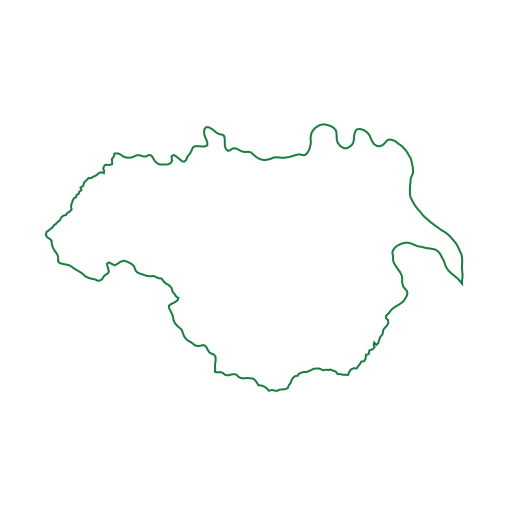 Felixlândia, Minas Gerais, Brazil, rotated 168°
{"feature_id": "56859067B66190002912803", "entity_name": "Felixlândia", "entity_type": "district", "adm_level": 2, "iso_a3": "BRA", "parent_name": "Brazil", "parent_adm1": "Minas Gerais", "projection": "albers", "projection_center": [-44.964, -18.693], "detail": "fine", "context": "isolated", "style": "outline", "palette": "green", "viewbox_px": 512, "rotation_deg": 168, "n_neighbors": 0, "source": "geoboundaries", "source_scale": "gbopen_adm2", "svg_char_len": 6085}
<svg xmlns="http://www.w3.org/2000/svg" viewBox="0 0 512 512"><g transform="rotate(168 256 256)"><path d="M320.2,151.3L317.8,150.1L315.1,149.9L312.9,148.7L311.0,146.2L308.6,145.1L305.7,145.2L302.2,145.1L299.6,143.8L298.3,141.4L296.2,139.8L293.8,138.9L290.1,138.5L284.5,136.8L282.8,134.8L281.6,132.4L280.5,129.1L278.4,128.5L276.5,127.5L274.5,126.1L272.8,124.0L271.4,121.5L268.2,121.7L265.3,120.2L263.2,119.7L261.0,120.4L255.6,119.7L252.4,120.2L250.6,122.9L248.7,124.4L247.3,126.7L245.4,129.0L242.5,130.4L240.0,130.2L238.7,131.9L236.7,132.2L233.9,132.7L231.1,132.1L227.7,132.4L225.3,133.1L222.9,133.7L220.1,133.3L217.7,132.8L215.8,131.6L213.8,130.2L211.0,130.2L208.9,129.4L206.8,129.5L204.0,127.5L202.1,126.5L200.7,123.5L198.3,123.0L195.5,121.7L192.8,121.1L190.7,120.5L189.3,122.8L186.7,125.3L183.4,125.9L181.1,125.0L179.4,126.6L177.0,128.5L174.9,130.9L172.5,130.5L170.9,131.9L169.8,133.7L169.0,136.4L166.2,136.7L164.6,140.2L161.2,140.5L158.9,142.3L159.4,144.7L158.4,146.8L156.8,144.0L154.5,145.4L152.6,148.9L151.0,151.3L148.8,152.8L147.7,155.0L146.8,157.3L144.9,159.0L142.2,160.8L140.5,163.1L140.2,165.8L141.7,168.0L141.2,170.5L138.0,172.5L135.8,174.4L134.1,175.6L131.6,176.9L126.4,178.7L123.3,180.0L120.9,181.3L119.0,183.3L116.8,185.7L115.7,187.9L115.7,190.5L117.0,192.8L118.4,195.6L118.5,200.4L117.7,203.4L117.5,206.1L117.9,208.1L118.7,211.0L120.2,214.2L121.3,217.0L122.2,219.6L122.8,221.9L122.5,224.9L122.0,227.3L122.0,229.8L121.6,231.9L120.1,233.8L118.2,235.4L115.8,236.6L113.7,237.2L111.4,237.8L108.1,237.9L105.7,237.8L103.6,237.0L101.6,235.9L95.8,231.9L92.8,230.8L90.9,229.9L89.0,228.9L87.0,228.1L84.4,227.2L81.7,226.1L79.2,224.9L76.9,222.5L75.6,220.2L74.9,217.8L74.2,215.3L73.3,212.4L72.9,209.0L72.3,205.5L70.8,201.7L69.0,199.0L67.7,197.3L66.3,195.7L65.1,194.1L63.7,192.4L62.6,190.7L61.7,188.8L60.2,186.0L59.6,189.2L58.5,192.1L57.9,194.5L57.5,197.9L56.9,201.9L56.1,205.4L55.4,207.6L55.1,209.8L54.7,212.5L54.8,215.3L55.4,217.8L56.4,222.4L57.0,224.5L57.8,226.9L59.3,229.7L61.0,232.9L62.9,236.0L64.7,238.3L66.4,240.2L68.2,241.8L69.8,243.4L72.0,245.9L74.1,248.1L78.4,253.0L80.1,255.5L82.2,258.1L83.9,260.5L85.2,263.0L86.4,265.5L87.8,267.8L88.9,269.9L89.7,271.8L90.6,274.1L92.1,279.3L92.7,281.5L92.5,284.4L92.0,287.3L91.4,289.8L90.8,292.3L90.0,294.7L89.3,297.1L88.3,300.3L86.4,302.7L85.3,304.4L84.6,306.5L84.2,310.0L84.2,317.8L84.5,320.0L85.6,322.7L86.5,325.8L87.4,328.0L88.7,330.2L89.8,332.2L91.4,334.3L93.5,336.3L96.1,339.6L99.1,341.4L100.9,342.1L103.4,342.0L105.0,340.9L106.7,339.5L109.5,338.0L112.8,337.7L115.0,338.6L117.3,341.0L118.5,344.0L119.3,347.0L119.7,349.6L120.4,351.7L121.8,354.1L124.6,356.9L128.0,358.7L131.2,358.9L133.0,357.2L134.1,355.2L135.0,353.3L135.7,350.5L137.1,347.0L139.0,344.8L142.1,343.2L144.1,342.7L146.2,342.6L148.6,343.9L150.9,346.4L152.6,349.9L152.7,353.6L152.3,356.0L151.8,358.7L151.7,362.0L153.0,364.7L155.0,366.8L157.4,368.5L159.7,369.7L161.7,370.4L163.9,370.9L166.8,370.7L168.8,370.0L171.1,369.1L173.1,367.9L174.6,366.5L176.1,364.8L177.2,362.5L178.0,360.3L178.4,358.1L178.8,355.3L179.8,353.0L181.0,350.3L182.4,348.3L184.2,346.3L186.2,344.9L188.1,344.5L190.2,345.4L192.8,346.5L196.2,346.5L198.9,346.2L201.6,346.0L204.0,346.0L206.6,346.1L209.7,346.5L213.2,347.7L216.0,348.4L218.2,348.7L221.1,348.0L224.3,347.9L227.6,348.0L230.2,349.0L232.5,350.4L234.1,351.6L235.9,353.7L238.0,356.5L239.7,358.6L241.6,359.4L246.2,360.3L248.4,361.5L250.5,363.2L252.5,364.9L254.7,365.9L256.9,365.9L258.8,365.0L261.4,364.6L263.0,366.4L263.5,368.5L263.4,371.5L262.6,375.0L262.1,378.2L262.5,380.6L264.2,381.9L266.2,382.6L267.9,383.8L270.2,386.2L272.1,388.8L274.0,390.5L275.8,391.9L277.9,392.3L280.0,390.9L281.0,388.3L281.3,385.0L280.9,382.3L280.3,379.7L280.0,377.2L280.7,374.3L284.2,373.8L286.4,374.5L289.5,375.4L292.8,376.1L295.2,375.2L296.5,373.5L297.6,371.8L299.3,369.9L301.5,368.3L302.9,366.7L304.1,364.7L306.5,363.2L308.7,364.0L310.3,366.3L311.9,368.3L313.4,370.1L315.6,371.9L317.9,371.1L318.2,368.7L318.3,366.5L320.3,364.6L323.4,363.9L327.5,364.8L330.6,365.3L332.4,366.4L334.6,368.7L335.9,371.9L336.6,374.0L337.5,376.0L339.8,377.1L343.0,376.2L345.7,376.9L349.0,378.8L352.0,379.3L354.5,378.7L356.9,378.2L359.2,378.5L361.2,378.8L363.1,379.6L365.1,380.9L366.9,382.9L369.3,384.9L373.1,385.7L373.9,383.6L375.2,382.1L376.8,380.8L377.1,378.2L377.7,375.7L380.7,375.5L384.2,376.6L386.1,375.2L387.3,373.3L386.7,370.9L387.6,368.7L389.8,370.1L392.2,369.9L394.0,368.9L396.3,367.8L398.7,367.4L401.2,366.4L403.6,367.1L406.0,365.4L408.8,363.7L410.4,360.6L413.4,359.5L413.0,356.7L415.3,355.8L416.7,353.5L418.7,353.2L419.7,350.9L421.8,350.5L423.5,348.8L424.5,346.9L425.8,345.0L426.7,342.4L426.7,339.8L428.9,338.3L431.7,337.3L433.3,335.6L435.9,335.6L438.3,334.3L440.6,331.6L443.2,330.4L445.0,329.0L447.1,328.2L449.0,326.3L451.7,325.1L453.8,323.9L455.7,323.2L457.3,320.4L456.0,317.4L453.8,315.2L452.8,313.3L453.3,310.4L453.0,307.4L452.4,304.6L451.6,302.3L450.2,299.4L449.7,296.2L450.7,291.8L449.5,289.9L446.8,288.5L443.5,287.1L440.4,285.6L438.4,283.7L436.6,281.7L434.5,279.6L432.7,278.1L430.3,275.8L428.6,273.8L427.5,272.0L425.9,270.5L424.1,269.3L422.2,268.2L420.2,267.4L418.1,266.5L416.3,264.8L414.0,264.4L411.5,265.2L409.7,267.1L407.6,268.8L405.1,269.4L403.2,271.3L403.2,274.7L403.5,277.0L403.2,279.6L401.0,280.3L398.7,278.2L396.0,276.2L393.6,277.0L391.6,277.8L389.2,278.6L386.4,278.9L384.3,277.9L381.9,276.2L379.7,274.4L377.5,271.6L376.8,266.9L375.7,264.9L373.9,263.3L371.2,261.8L369.4,260.7L367.4,259.5L364.0,258.2L360.5,257.8L358.6,256.5L356.9,255.1L355.0,254.2L353.1,253.6L352.0,251.0L350.1,248.0L347.7,246.1L346.4,244.4L345.2,242.0L345.0,238.8L344.3,236.9L343.3,235.1L342.3,232.5L340.6,231.2L341.8,229.2L343.9,228.1L346.7,227.2L349.8,226.4L351.6,225.4L351.8,222.8L351.1,220.3L350.6,218.2L350.0,216.0L349.9,213.0L350.0,210.3L349.4,207.4L347.5,204.0L345.7,201.6L344.0,199.3L343.6,196.5L343.1,192.8L342.1,190.1L340.2,187.5L337.5,185.1L335.8,183.1L333.9,181.0L331.0,179.9L328.7,179.8L325.8,179.8L323.6,177.7L322.7,174.1L321.6,171.2L319.7,169.7L317.6,168.3L316.6,165.9L317.0,163.0L317.9,160.2L318.8,157.8L319.3,154.6L320.2,151.3Z" fill="none" stroke="#15803d" stroke-width="2"/></g></svg>